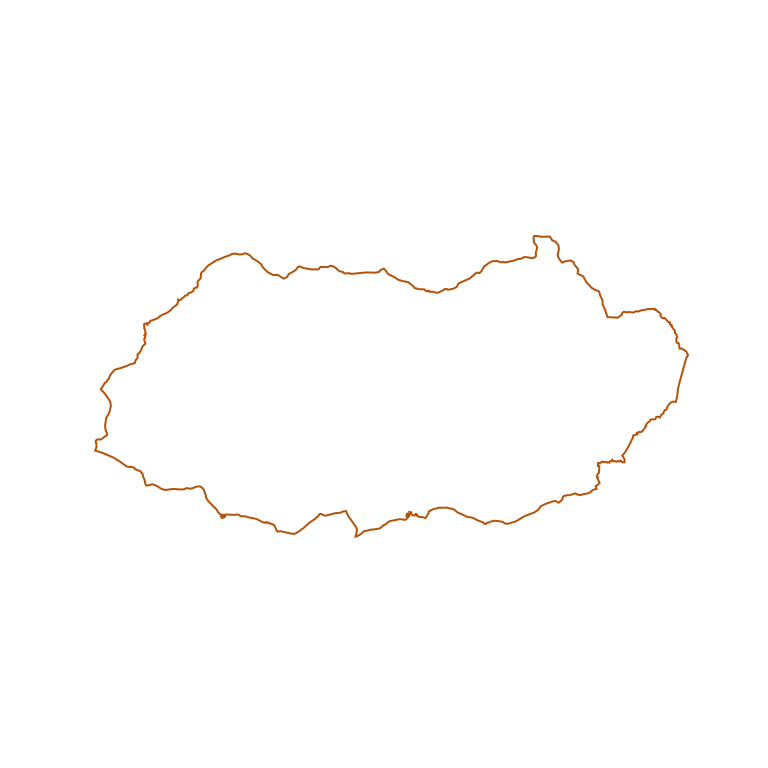 outline of Ieud, Maramures, Romania, rotated 68°
{"feature_id": "2599482B19254849512468", "entity_name": "Ieud", "entity_type": "district", "adm_level": 2, "iso_a3": "ROU", "parent_name": "Romania", "parent_adm1": "Maramures", "projection": "orthographic", "projection_center": [24.211, 47.638], "detail": "fine", "context": "isolated", "style": "outline", "palette": "amber", "viewbox_px": 768, "rotation_deg": 68, "n_neighbors": 0, "source": "geoboundaries", "source_scale": "gbopen_adm2", "svg_char_len": 6142}
<svg xmlns="http://www.w3.org/2000/svg" viewBox="0 0 768 768"><g transform="rotate(68 384 384)"><path d="M337.6,676.7L342.8,670.4L350.8,662.5L357.6,657.5L363.8,653.7L365.6,651.5L365.8,649.8L366.9,648.3L368.4,646.9L369.7,646.7L373.6,642.6L377.2,641.5L379.6,642.2L382.3,641.8L387.4,642.7L388.9,642.4L389.7,641.2L390.1,636.8L390.8,635.5L393.5,632.8L397.7,629.7L399.8,627.4L400.7,625.3L401.5,621.7L403.0,617.2L404.9,613.7L406.7,609.2L406.6,605.8L407.6,604.6L408.9,601.5L408.9,596.5L409.9,593.2L411.0,592.1L414.1,590.7L420.3,590.9L422.7,591.6L426.9,590.8L437.7,586.2L440.6,585.9L443.5,584.7L444.9,582.4L446.2,581.6L446.6,582.2L445.2,583.4L445.2,584.5L447.3,584.8L447.8,583.0L447.7,581.6L446.9,580.5L445.7,580.2L445.7,579.4L449.2,572.0L450.0,568.9L450.7,567.9L453.0,566.2L454.8,562.1L457.3,559.0L461.3,552.8L467.0,547.9L467.9,546.7L467.7,545.4L468.8,544.9L468.7,543.7L469.1,542.9L470.1,542.9L470.5,541.9L473.4,538.8L480.8,538.2L482.0,534.6L487.5,526.8L489.5,523.2L489.0,519.1L487.2,512.0L484.9,505.9L483.2,498.5L481.8,494.5L480.5,492.5L480.5,491.8L481.6,490.2L483.5,488.9L484.3,487.0L485.4,478.2L487.1,472.1L486.8,470.3L487.5,466.9L492.6,466.7L506.5,463.4L509.6,463.8L514.9,467.5L515.0,464.8L514.4,461.4L513.0,457.6L514.0,452.7L514.2,449.9L514.7,449.2L516.4,442.0L514.6,436.7L514.9,435.4L513.7,432.4L513.3,430.0L515.2,420.0L517.9,415.2L517.8,414.0L515.6,409.6L515.1,409.6L515.1,412.7L514.9,412.8L513.0,411.2L513.0,410.6L513.3,410.5L514.4,410.8L514.6,409.8L514.3,408.9L512.1,408.4L513.2,406.8L514.6,407.4L516.3,406.7L517.4,404.8L516.3,403.1L516.8,402.6L518.3,402.9L518.3,402.3L520.3,401.4L522.2,397.6L523.9,395.8L520.5,391.0L518.9,390.1L518.5,385.8L519.3,379.0L520.3,377.2L522.1,372.0L523.7,370.2L525.5,367.2L527.3,365.6L530.7,363.9L536.4,358.3L538.0,357.3L540.5,353.0L542.6,350.5L544.5,349.3L549.4,344.0L551.8,342.9L551.9,342.3L551.3,340.4L551.7,338.7L551.5,336.6L552.3,332.6L553.7,329.7L556.1,326.0L559.2,323.5L560.2,320.4L560.7,313.0L559.2,303.3L559.4,293.0L558.6,289.0L557.7,286.8L556.1,284.5L555.7,279.1L556.0,272.3L556.5,269.4L557.2,268.2L559.4,266.8L559.4,266.2L558.0,262.0L556.0,260.8L555.2,259.1L555.9,255.2L556.6,253.8L557.1,247.4L558.9,246.2L560.7,243.2L560.7,240.8L561.7,236.6L561.6,232.9L560.4,230.2L560.9,226.1L557.9,225.9L557.6,223.5L556.3,221.1L551.8,221.5L551.1,221.4L550.8,220.6L549.7,221.3L547.6,219.9L546.9,218.0L545.5,217.3L540.5,215.0L540.0,216.4L537.3,215.0L538.2,213.4L537.8,210.4L538.4,210.0L539.8,206.8L540.5,206.5L540.7,205.1L541.4,204.4L540.2,203.3L540.6,202.1L539.8,200.7L541.7,200.5L541.7,199.3L543.1,197.6L543.0,196.1L544.1,194.9L543.7,193.1L545.9,192.5L546.7,190.3L544.2,189.2L539.5,189.8L538.3,187.2L533.1,180.1L526.3,172.7L525.1,172.2L525.5,167.8L524.0,167.8L524.1,165.3L524.5,165.3L524.8,163.6L524.5,162.1L521.4,157.0L520.9,157.2L518.9,154.7L518.2,152.1L516.8,149.9L518.2,146.3L518.1,145.5L516.7,144.1L516.7,143.0L517.0,142.0L518.4,140.8L516.2,138.0L516.1,136.5L513.3,133.5L513.6,131.6L512.1,130.6L509.7,127.7L508.5,124.6L508.8,122.0L510.0,120.2L505.3,116.8L498.5,113.2L493.0,109.2L473.4,94.2L471.1,91.3L466.8,91.6L462.5,94.8L462.3,96.2L461.7,96.7L457.7,95.5L456.2,95.7L455.9,96.8L454.6,97.1L451.2,95.9L450.5,94.6L447.5,94.3L445.6,95.2L443.6,94.3L439.4,95.6L437.1,95.2L436.9,95.4L437.2,96.0L435.1,96.6L434.1,95.7L432.9,97.1L427.8,99.1L428.0,100.1L426.6,101.6L424.1,102.0L422.8,101.2L420.2,102.2L419.4,103.2L417.5,103.6L416.8,105.0L415.7,104.8L413.2,112.0L412.8,115.5L412.0,117.7L412.2,119.6L412.0,121.4L411.1,122.4L411.0,126.7L409.6,128.6L408.6,131.6L406.8,134.9L407.8,137.0L408.8,137.5L410.1,142.3L405.7,151.7L395.5,151.2L392.4,151.6L388.2,150.0L383.8,150.4L379.2,150.0L377.9,150.6L376.3,152.6L372.9,155.3L366.1,158.1L358.8,159.0L354.3,163.2L350.3,161.0L344.7,162.7L341.7,162.6L339.1,165.3L338.0,171.0L338.4,172.7L337.7,173.6L333.0,174.9L329.5,174.7L324.7,171.4L321.0,170.3L316.4,171.6L313.8,174.2L309.4,175.1L306.3,183.4L304.1,186.4L303.0,189.4L304.0,190.3L308.7,191.9L312.9,190.8L315.0,190.9L319.4,194.3L322.2,195.0L323.2,197.7L322.4,200.5L320.6,202.9L318.8,206.4L319.2,210.0L318.4,212.7L318.2,217.1L316.9,225.5L315.7,227.3L315.4,229.0L314.7,230.2L312.1,233.5L310.7,238.2L311.4,243.1L312.2,244.9L312.2,246.7L315.8,251.2L316.9,253.9L315.5,256.1L315.5,256.9L317.9,263.8L318.3,265.7L318.6,276.7L319.1,277.9L320.7,279.4L321.3,280.7L321.6,284.5L320.6,289.4L319.6,290.0L318.7,292.0L319.5,295.6L319.5,300.1L318.6,302.1L317.1,303.3L315.8,306.7L314.1,307.8L314.0,308.2L314.6,308.6L313.0,310.5L311.3,311.2L309.3,315.9L306.3,319.8L304.2,320.3L298.6,323.4L295.7,328.0L292.6,331.8L288.5,334.6L283.9,338.8L278.2,340.3L276.9,341.1L277.1,344.3L278.2,346.7L277.7,349.9L273.9,358.7L269.7,373.0L268.4,374.5L266.6,379.3L264.6,380.3L262.5,383.3L258.4,385.2L256.2,386.8L254.3,389.1L254.4,392.8L251.6,399.0L253.0,401.5L252.9,402.6L250.5,408.5L246.1,415.4L243.3,418.3L243.3,420.3L244.5,421.7L245.5,424.2L246.5,431.2L248.6,434.0L248.6,437.8L243.7,441.0L242.8,442.3L241.4,446.0L236.9,449.9L230.4,452.7L227.1,453.0L223.2,455.0L218.2,458.8L214.8,460.0L213.1,461.3L210.8,463.5L210.5,467.6L209.3,470.3L207.3,473.0L207.0,474.9L206.3,476.4L206.9,478.4L206.5,483.7L206.7,490.1L206.4,492.7L208.4,503.1L211.7,509.1L212.0,511.1L212.8,512.1L217.5,514.6L218.7,517.6L219.7,518.7L223.5,520.1L224.4,521.4L224.4,522.1L224.0,522.6L224.4,524.6L225.7,525.2L226.4,526.7L226.9,528.5L226.5,530.2L226.7,531.6L228.0,533.1L227.6,535.4L228.8,537.6L228.8,539.3L229.8,540.6L229.6,542.0L228.5,543.3L230.7,543.8L231.6,545.3L232.8,545.9L234.3,551.9L235.5,553.5L236.7,558.1L236.8,563.7L237.3,566.7L238.3,569.1L238.0,577.2L239.4,578.4L238.8,580.8L240.4,581.1L238.5,583.0L238.6,584.0L243.0,585.5L245.6,585.4L247.2,586.3L248.4,586.0L249.1,588.0L250.3,587.4L252.9,589.7L257.3,590.1L258.4,593.4L262.1,597.0L264.0,600.3L264.1,601.3L267.5,602.7L268.6,605.0L271.3,607.4L270.7,611.6L270.9,614.7L270.6,622.4L269.9,627.5L270.3,629.3L273.1,634.4L276.0,637.3L278.4,641.4L278.4,642.4L282.6,648.3L283.4,648.4L288.4,646.4L296.4,644.6L298.5,644.5L302.3,645.6L307.2,649.1L309.1,651.0L311.0,654.0L315.7,656.8L317.9,658.1L322.0,659.3L326.1,659.3L327.5,659.8L329.4,667.0L328.0,670.7L328.2,671.8L328.8,672.6L334.4,673.9L337.6,676.7Z" fill="none" stroke="#b45309" stroke-width="2"/></g></svg>